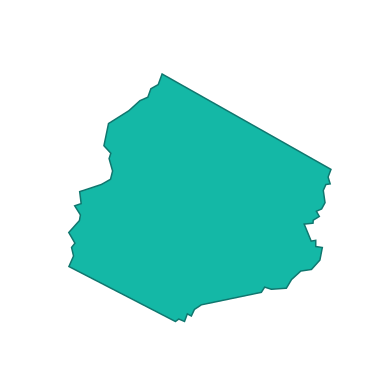 outline of Goliad, Texas, United States of America, rotated 73°
{"feature_id": "52423323B85181165620653", "entity_name": "Goliad", "entity_type": "district", "adm_level": 2, "iso_a3": "USA", "parent_name": "United States of America", "parent_adm1": "Texas", "projection": "equal_earth", "projection_center": [-97.401, 28.657], "detail": "fine", "context": "isolated", "style": "filled", "palette": "teal", "viewbox_px": 384, "rotation_deg": 73, "n_neighbors": 0, "source": "geoboundaries", "source_scale": "gbopen_adm2", "svg_char_len": 818}
<svg xmlns="http://www.w3.org/2000/svg" viewBox="0 0 384 384"><g transform="rotate(73 192 192)"><path d="M70.4,186.1L79.4,192.9L81.2,201.1L88.4,206.5L89.4,215.0L95.8,228.6L102.1,251.8L122.0,262.7L131.2,258.3L135.8,261.5L148.7,261.8L156.0,266.2L158.3,276.5L158.8,299.3L170.7,301.4L170.9,308.2L181.3,305.4L186.4,308.0L194.7,321.7L206.7,318.9L209.8,323.4L218.6,324.0L227.3,331.5L311.0,245.7L309.6,241.8L313.6,237.0L307.2,232.1L310.4,228.9L305.0,224.0L302.6,216.0L308.2,155.0L304.2,150.3L308.2,144.6L311.6,129.9L304.8,122.4L299.4,111.1L301.0,100.4L294.5,89.6L283.2,83.6L280.3,89.6L274.4,87.8L273.8,92.4L255.5,94.1L257.2,85.4L254.4,84.3L252.6,77.4L246.8,78.7L246.1,73.0L241.1,67.9L228.9,66.0L224.0,61.8L224.6,57.5L217.5,57.5L211.0,52.5L149.8,110.6L70.4,186.1Z" fill="#14b8a6" stroke="#0f766e" stroke-width="1.5"/></g></svg>